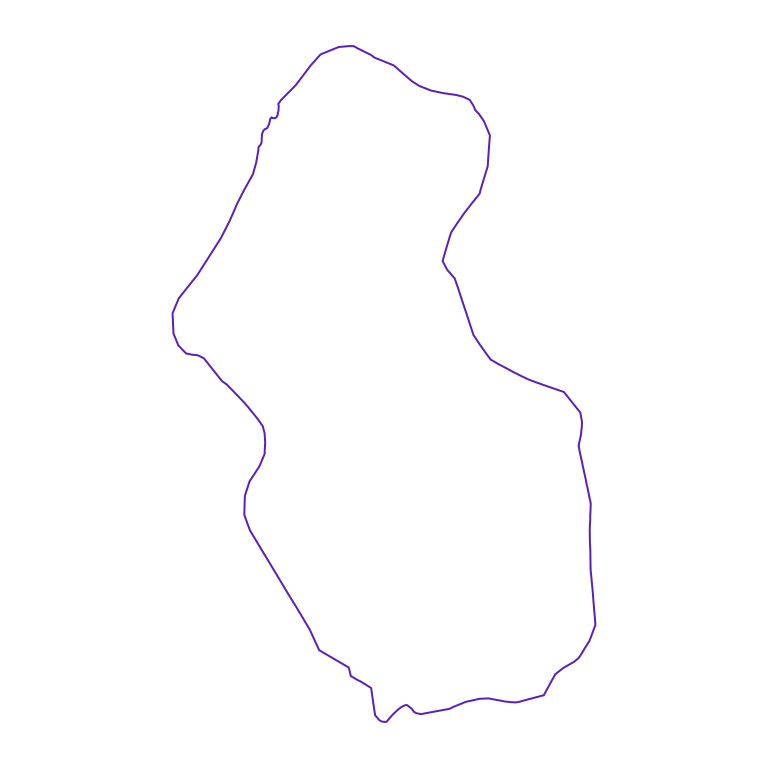 Gunung Mas, Kalimantan Tengah, Indonesia (Natural Earth projection)
{"feature_id": "22746128B12491014044373", "entity_name": "Gunung Mas", "entity_type": "district", "adm_level": 2, "iso_a3": "IDN", "parent_name": "Indonesia", "parent_adm1": "Kalimantan Tengah", "projection": "natural_earth1", "projection_center": [113.623, -0.987], "detail": "fine", "context": "isolated", "style": "outline", "palette": "violet", "viewbox_px": 768, "rotation_deg": 0, "n_neighbors": 0, "source": "geoboundaries", "source_scale": "gbopen_adm2", "svg_char_len": 4654}
<svg xmlns="http://www.w3.org/2000/svg" viewBox="0 0 768 768"><path d="M489.9,135.4L484.0,121.3L479.0,114.0L475.2,110.0L473.2,105.2L469.6,99.8L462.8,96.6L455.8,94.9L443.6,93.2L431.2,90.6L419.6,86.1L412.0,81.3L405.3,75.5L393.7,65.4L374.3,57.5L371.1,55.0L357.9,48.5L353.7,46.1L349.0,46.1L338.8,47.0L328.8,51.0L320.6,54.4L310.9,65.2L298.8,81.2L295.8,85.1L283.9,97.2L281.0,100.2L280.9,100.2L280.9,100.3L279.0,102.9L278.3,104.0L278.5,104.9L278.7,105.9L278.7,107.3L278.6,108.6L278.5,110.0L278.3,111.6L277.8,112.7L277.7,112.9L277.9,114.0L277.8,114.8L277.3,115.6L276.7,116.9L275.6,118.0L274.6,118.2L273.9,118.2L273.2,118.1L272.5,118.0L271.7,117.4L270.2,118.9L269.6,122.1L268.9,124.5L267.3,127.9L266.0,128.7L265.0,129.1L263.6,130.4L263.0,131.5L262.4,133.1L261.9,134.6L261.9,136.3L261.7,139.3L261.7,140.7L261.5,142.7L260.7,144.6L259.4,146.1L258.9,146.6L258.7,146.7L258.2,151.1L256.2,162.6L252.9,174.3L244.4,189.5L237.3,203.4L229.8,220.6L220.9,238.1L197.3,275.1L190.4,283.7L186.5,288.6L178.8,298.3L172.9,312.5L172.6,313.2L172.6,313.7L172.6,314.2L172.9,320.5L172.9,321.7L173.5,333.6L178.4,345.5L184.0,351.3L185.2,352.5L186.0,353.4L192.2,354.7L197.5,355.2L200.6,356.6L204.0,358.4L212.3,368.9L222.0,381.1L226.8,384.5L230.5,388.3L233.7,391.6L240.1,398.3L242.6,400.9L242.8,401.1L244.2,402.6L248.4,407.4L249.5,408.8L249.8,409.2L257.4,418.6L262.8,426.2L263.0,427.0L263.2,428.0L263.6,429.4L264.6,433.2L264.6,433.3L264.7,435.0L265.2,442.3L264.7,451.1L264.6,454.1L263.6,456.4L261.7,460.9L261.7,461.0L260.1,464.7L259.7,465.4L259.2,466.7L249.6,481.3L249.3,482.2L246.7,490.2L246.1,492.0L244.9,496.0L244.8,497.6L244.7,501.9L244.6,503.7L244.3,514.8L248.0,525.1L250.0,530.5L252.6,534.8L253.2,535.8L258.2,544.1L258.9,545.2L261.7,549.9L267.2,559.0L274.2,570.6L275.3,572.4L278.7,578.1L283.1,585.4L286.0,590.3L292.3,600.6L296.8,607.9L301.1,615.0L305.5,622.5L309.9,629.9L313.4,637.6L319.2,650.2L324.1,653.1L334.9,659.4L343.4,664.4L348.7,667.5L349.3,669.6L350.8,676.0L353.0,677.3L357.2,679.8L360.9,681.6L371.1,688.0L373.5,704.4L375.1,715.2L379.2,720.0L381.6,721.5L384.7,721.9L386.5,721.8L388.3,719.8L388.3,719.7L392.7,714.6L397.6,710.0L400.7,707.5L401.2,707.1L405.3,705.1L407.1,705.1L411.2,708.3L414.0,711.8L416.2,713.2L421.2,714.1L426.3,713.1L442.1,710.2L449.7,708.8L453.6,706.8L465.7,701.9L479.6,698.8L488.5,698.4L506.1,701.7L507.1,701.7L507.9,701.8L509.2,702.0L510.6,702.2L511.7,702.2L515.1,702.4L516.2,702.3L516.4,702.3L518.1,702.1L526.2,699.9L543.9,695.2L544.3,694.3L544.8,693.3L545.3,692.6L545.8,691.6L546.3,690.6L546.7,689.8L547.2,688.8L547.6,688.2L548.2,687.3L549.6,684.6L550.5,683.0L550.7,682.6L551.1,681.9L552.3,679.5L553.2,678.1L555.3,674.2L561.4,669.4L563.9,667.6L574.2,661.7L578.8,657.9L583.0,651.4L583.7,650.2L584.5,648.6L589.0,641.7L589.2,641.4L590.9,637.1L592.0,634.1L595.4,625.0L595.3,623.6L595.1,620.7L594.0,608.0L594.0,607.6L594.0,607.4L593.5,601.6L593.0,595.4L592.9,593.6L591.7,581.0L591.7,580.9L591.7,580.7L590.6,569.5L590.3,550.4L590.3,549.8L589.9,542.0L589.8,535.8L589.8,532.8L589.7,530.2L589.8,528.7L589.8,527.8L590.3,518.4L590.2,518.1L590.2,516.7L590.2,516.0L590.3,515.3L590.3,514.6L590.6,508.1L590.6,506.5L590.7,505.6L590.7,504.9L590.7,504.0L590.7,503.3L590.6,502.9L590.4,501.5L590.3,500.7L590.1,500.3L589.9,499.8L589.8,498.9L589.6,498.0L589.4,497.1L589.4,496.8L589.3,496.5L589.2,496.5L589.0,495.3L589.0,495.0L588.8,494.4L588.7,494.0L588.7,493.3L588.7,493.1L588.6,492.9L588.5,492.6L588.3,492.0L587.8,489.4L587.3,486.6L586.9,485.6L586.8,485.3L586.3,482.2L585.4,477.6L585.2,477.1L585.2,476.9L585.0,476.0L584.7,474.8L584.4,473.3L584.0,471.8L584.0,471.4L583.8,471.1L583.9,470.6L583.7,469.9L583.6,469.4L583.3,468.4L583.2,468.0L582.4,464.2L582.3,463.8L582.3,463.4L582.2,462.9L581.7,460.6L581.3,458.9L581.0,457.4L579.6,451.3L579.5,450.7L578.8,446.5L578.9,445.9L578.7,445.8L578.6,445.7L580.6,436.3L580.7,435.8L581.0,434.6L581.0,434.2L581.1,433.6L581.2,433.3L581.2,432.1L581.3,431.0L581.3,430.9L581.6,429.1L581.7,427.8L581.8,426.9L581.8,426.4L581.9,425.0L581.9,424.1L582.0,423.4L582.0,422.4L582.0,422.1L581.1,416.8L580.3,412.6L563.9,392.0L544.7,385.4L534.1,381.6L528.1,379.3L521.8,376.3L514.6,372.7L510.9,370.7L507.7,369.0L498.3,364.0L497.7,363.7L492.3,360.5L490.8,359.7L488.8,357.0L487.9,355.9L484.9,351.7L479.4,344.0L479.4,343.9L473.5,335.1L470.6,326.3L469.8,323.8L466.2,312.7L462.2,300.8L457.7,286.9L456.4,283.4L454.8,278.6L453.1,276.6L447.1,269.7L442.6,261.0L443.9,256.5L446.6,247.2L446.1,247.1L446.5,247.1L446.7,246.7L447.4,244.5L449.1,239.0L450.3,234.9L451.4,232.0L457.1,223.4L464.5,212.8L472.1,203.0L473.4,201.4L474.0,200.7L479.7,193.6L480.6,189.6L481.5,186.7L487.7,166.3L488.7,151.2L489.5,140.6L489.9,135.4Z" fill="none" stroke="#5b21b6" stroke-width="2"/></svg>